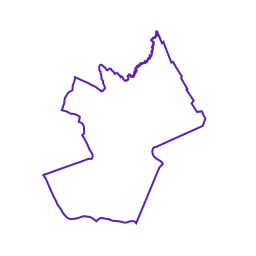 the district of Campana, Buenos Aires, Argentina, rotated 191°
{"feature_id": "61730980B71548208163547", "entity_name": "Campana", "entity_type": "district", "adm_level": 2, "iso_a3": "ARG", "parent_name": "Argentina", "parent_adm1": "Buenos Aires", "projection": "equal_earth", "projection_center": [-58.853, -34.162], "detail": "fine", "context": "isolated", "style": "outline", "palette": "violet", "viewbox_px": 256, "rotation_deg": 191, "n_neighbors": 0, "source": "geoboundaries", "source_scale": "gbopen_adm2", "svg_char_len": 5822}
<svg xmlns="http://www.w3.org/2000/svg" viewBox="0 0 256 256"><g transform="rotate(191 128 128)"><path d="M141.3,30.4L140.5,31.8L140.2,32.1L139.6,32.6L138.3,34.1L137.7,34.5L137.2,34.6L135.0,34.7L131.7,34.6L129.3,34.9L128.7,34.9L128.1,34.5L127.6,34.3L125.7,34.1L117.8,34.8L115.8,34.5L113.2,34.5L111.3,35.0L109.1,36.3L107.6,37.0L105.6,37.5L103.4,37.4L102.5,36.8L102.1,36.2L101.8,36.0L89.9,94.2L89.6,95.2L89.1,96.1L86.9,99.3L87.4,100.0L88.0,100.7L89.3,101.5L95.0,103.7L96.3,104.5L97.8,105.8L98.7,107.0L99.4,108.6L99.6,109.4L99.7,110.2L99.7,111.6L99.4,112.9L99.2,113.3L98.2,114.3L96.6,114.8L96.0,115.1L95.6,115.7L55.0,144.4L53.8,151.9L56.2,154.9L58.7,158.5L60.3,157.9L60.4,158.0L63.2,156.8L70.3,164.3L68.8,167.4L77.9,176.7L77.8,177.1L77.2,177.7L84.8,186.4L84.8,186.7L85.3,187.2L85.3,187.5L85.1,188.5L85.1,189.0L92.4,196.8L93.6,198.2L93.9,198.6L96.5,201.5L97.9,200.5L109.1,218.2L109.6,219.3L110.8,217.7L114.2,223.0L114.3,222.7L117.8,228.2L118.1,228.0L118.4,228.3L118.6,228.2L118.7,227.8L118.2,227.4L118.0,226.9L118.5,226.6L118.5,226.3L118.1,226.2L118.4,225.7L118.0,224.9L118.4,224.5L118.4,224.3L118.3,224.2L117.6,224.2L117.3,224.1L117.7,223.6L118.6,223.4L118.9,222.7L118.5,222.0L118.6,221.8L119.5,221.4L120.0,221.7L120.6,221.4L120.7,221.1L120.5,220.5L120.7,220.1L120.9,220.0L121.2,220.3L121.4,220.2L121.8,219.5L121.4,218.9L121.6,218.8L121.9,218.8L122.0,218.6L121.9,218.4L120.1,217.5L119.9,217.1L119.3,217.4L119.2,217.4L119.1,217.2L119.7,216.5L119.7,216.4L119.0,215.5L118.6,215.3L118.5,215.1L118.7,214.5L119.0,214.1L119.5,214.1L119.6,213.5L119.4,213.2L119.0,213.1L119.0,212.9L119.3,212.6L119.1,212.2L119.8,212.2L120.0,211.8L119.9,211.4L119.7,211.3L118.9,211.3L118.7,210.4L118.9,209.7L118.6,209.6L118.5,209.4L118.7,209.1L119.1,208.8L119.7,207.7L119.5,207.3L118.6,207.2L118.4,207.0L118.4,206.8L118.6,206.5L119.2,206.5L119.3,206.2L119.0,205.1L118.7,204.4L118.8,203.1L119.0,202.9L119.9,203.0L120.6,203.3L120.6,203.0L120.6,202.8L119.7,202.1L119.8,201.5L119.6,200.8L119.6,200.6L119.9,200.5L120.3,201.0L120.5,201.0L120.8,200.5L121.2,200.6L121.4,200.5L121.7,199.6L121.2,199.5L121.0,199.1L121.1,198.8L121.7,198.5L122.0,197.9L122.0,197.6L121.8,197.1L121.9,196.9L122.6,197.1L123.0,196.8L123.0,196.6L122.8,196.2L123.3,196.2L123.7,196.5L123.8,196.5L123.9,196.2L123.5,195.5L123.5,195.2L124.0,195.3L124.2,196.1L124.3,196.3L124.6,195.6L124.5,195.1L124.8,194.7L125.0,194.8L125.1,195.0L125.2,194.9L125.1,194.6L125.3,194.4L125.9,194.6L126.2,194.5L126.4,194.3L126.6,194.3L127.4,194.2L127.4,193.9L127.3,193.6L126.8,193.4L127.0,193.1L127.4,193.0L127.7,192.7L127.9,192.8L127.9,193.2L128.2,193.4L128.3,193.6L128.5,193.5L128.6,193.3L128.4,192.6L128.7,192.3L128.8,192.2L128.4,192.1L128.2,192.0L128.2,191.9L128.5,191.3L128.9,191.5L129.6,191.7L129.8,191.7L130.0,191.3L129.7,190.9L129.7,190.7L130.1,191.0L130.3,190.9L130.3,190.4L130.7,190.6L131.1,190.5L131.3,190.3L131.2,189.6L130.7,189.5L130.7,189.3L131.0,189.0L131.1,188.3L131.2,188.0L131.7,187.6L132.1,187.8L132.1,187.4L131.7,186.9L131.2,187.4L131.0,186.6L130.7,186.5L130.5,186.2L130.8,185.8L130.5,185.3L130.5,185.1L131.0,185.0L131.2,185.5L131.2,186.0L131.7,186.0L131.9,185.8L132.1,185.3L132.0,185.2L131.4,185.1L131.4,184.9L131.6,184.7L132.4,184.5L132.6,184.1L132.5,183.8L131.7,184.0L131.2,183.8L131.8,182.4L132.0,182.3L132.3,182.4L132.5,181.7L131.8,181.1L132.0,180.9L132.6,181.0L132.8,180.9L132.7,180.5L132.3,179.9L132.3,179.6L132.7,179.7L133.1,180.1L133.3,180.1L133.4,179.9L133.0,179.5L133.0,179.1L133.3,179.2L133.7,179.5L134.1,179.6L134.4,179.3L134.4,178.9L134.8,178.8L135.6,180.0L136.1,180.6L136.7,181.0L137.1,180.9L137.4,179.6L138.3,179.3L138.3,179.0L138.3,178.9L137.9,178.6L137.4,177.9L137.5,176.8L137.4,176.6L136.9,176.2L137.0,175.8L137.6,174.9L138.4,174.8L139.0,173.9L139.7,173.8L139.9,173.9L140.2,174.2L140.6,174.3L141.8,174.9L142.3,176.0L143.8,177.5L144.0,177.5L144.1,177.2L144.5,177.4L144.8,177.2L145.1,176.6L145.6,177.2L145.6,177.6L145.8,177.7L146.4,178.0L146.9,178.4L147.6,178.8L148.7,179.8L149.5,179.8L150.3,179.3L150.7,179.2L151.1,178.8L151.4,178.7L151.4,178.9L151.2,179.2L151.3,179.3L151.6,179.2L152.0,179.7L152.9,180.2L153.5,180.8L154.8,181.4L155.4,182.0L155.5,182.4L156.3,182.9L156.9,182.5L157.8,182.6L158.5,181.7L159.0,181.5L159.0,180.8L159.1,180.7L159.6,180.9L160.0,180.9L160.6,181.4L161.4,182.2L162.3,183.2L162.4,183.3L163.2,183.3L164.7,184.4L165.8,184.9L166.5,185.0L166.8,184.7L167.4,184.5L167.9,182.6L167.8,181.6L167.4,180.5L167.3,179.5L167.2,179.3L166.6,178.6L165.8,178.3L165.6,178.0L165.5,176.6L165.3,176.2L164.8,175.6L164.4,174.8L163.6,172.3L163.3,170.9L162.7,170.3L162.0,169.9L161.5,169.4L161.3,169.1L161.3,168.2L160.9,167.3L160.3,166.2L159.4,165.1L158.1,162.5L158.1,162.2L159.2,161.1L159.5,160.0L159.8,159.7L160.6,159.5L161.1,158.8L163.1,160.0L167.8,162.2L171.2,163.0L176.1,164.6L189.7,167.7L189.5,166.1L189.7,163.3L190.3,158.8L190.1,157.2L189.7,154.9L189.8,154.5L190.4,153.8L192.3,152.4L193.4,151.2L193.9,150.2L194.9,147.4L195.2,146.8L195.5,145.8L195.6,145.0L195.7,143.0L195.3,140.7L195.3,139.8L195.8,137.2L196.0,134.6L196.5,132.9L191.4,132.5L187.2,131.2L186.6,131.1L184.9,131.4L183.4,131.5L181.7,131.2L180.2,130.9L177.6,129.9L177.4,129.4L177.3,128.9L177.6,126.1L177.6,125.2L177.5,124.8L177.4,124.6L175.4,124.3L173.5,123.6L172.9,122.9L172.0,121.6L171.4,120.4L170.0,114.2L171.3,112.7L171.6,112.2L171.4,111.8L169.8,110.5L168.8,109.3L164.4,103.7L162.0,99.9L159.3,97.1L157.8,95.2L157.5,94.3L157.4,93.5L157.4,91.9L157.5,91.2L157.8,90.9L159.1,90.5L160.6,90.3L161.4,89.9L170.5,84.3L173.0,83.0L199.6,67.2L202.0,65.9L202.2,65.7L201.0,64.4L199.2,62.8L197.3,60.1L196.0,58.1L192.0,52.3L189.5,48.9L188.0,46.6L187.1,45.6L185.5,43.6L182.1,38.7L180.4,37.5L178.8,35.7L177.5,34.6L176.6,33.2L175.2,31.8L171.7,29.0L170.8,28.5L168.7,27.7L166.8,27.7L162.5,28.9L158.1,31.0L156.3,32.2L153.8,33.2L150.2,33.2L148.6,33.5L145.8,32.7L141.3,30.4Z" fill="none" stroke="#5b21b6" stroke-width="2"/></g></svg>